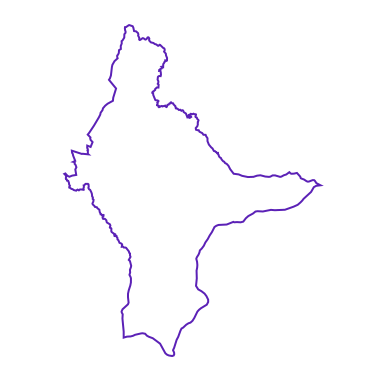 Apía, Risaralda, Colombia, rotated 182°
{"feature_id": "7082276B94822224819710", "entity_name": "Apía", "entity_type": "district", "adm_level": 2, "iso_a3": "COL", "parent_name": "Colombia", "parent_adm1": "Risaralda", "projection": "natural_earth1", "projection_center": [-75.959, 5.139], "detail": "fine", "context": "isolated", "style": "outline", "palette": "violet", "viewbox_px": 384, "rotation_deg": 182, "n_neighbors": 0, "source": "geoboundaries", "source_scale": "gbopen_adm2", "svg_char_len": 6083}
<svg xmlns="http://www.w3.org/2000/svg" viewBox="0 0 384 384"><g transform="rotate(182 192 192)"><path d="M320.2,205.6L318.9,204.4L318.3,203.0L318.6,201.5L318.4,200.5L317.6,200.1L317.3,199.0L316.1,198.8L315.3,196.9L315.0,195.1L314.2,193.9L314.9,192.7L314.8,192.1L313.6,191.7L312.7,190.9L311.5,190.7L310.2,189.8L307.8,189.3L307.1,190.0L306.4,190.4L305.1,189.7L304.1,190.6L302.7,190.7L300.4,190.4L300.3,190.9L300.7,191.5L300.2,193.3L300.5,194.8L299.9,195.0L298.7,196.4L296.3,196.5L295.7,196.0L295.4,193.5L295.7,192.8L295.6,192.2L294.9,191.1L293.9,190.6L292.6,188.2L292.0,186.7L291.6,184.0L290.9,183.2L291.0,181.6L290.1,180.8L290.3,178.9L291.1,177.1L290.9,176.4L289.9,175.3L289.1,174.8L288.6,173.8L286.5,173.4L286.0,172.5L284.0,171.1L283.5,168.7L283.1,168.1L282.6,166.6L282.0,166.7L281.3,165.6L280.1,166.0L279.6,165.9L279.6,164.9L280.5,163.5L280.1,162.2L279.5,162.0L278.4,162.2L277.7,161.8L276.6,160.7L276.3,159.2L276.0,158.6L272.9,156.8L272.4,155.6L272.9,153.8L272.6,153.3L271.7,153.1L271.3,152.6L271.3,150.1L270.9,149.2L268.7,147.7L267.3,147.1L267.3,146.8L268.2,146.4L267.9,145.3L267.4,145.2L266.4,145.8L265.9,145.5L265.5,144.1L264.9,143.5L264.8,142.0L263.9,141.3L262.7,138.7L260.8,138.0L260.0,137.2L260.3,134.8L259.0,135.0L258.1,134.1L256.8,134.2L255.9,133.9L253.0,130.4L252.6,129.0L251.8,128.4L251.8,126.7L251.2,125.0L252.8,121.9L251.6,120.8L250.2,116.1L250.4,114.8L251.3,112.0L251.0,109.4L251.6,107.0L250.3,104.6L250.0,103.4L249.9,99.4L250.4,96.4L251.8,91.5L252.4,88.1L252.3,84.7L251.5,79.2L252.1,77.5L257.3,72.4L258.2,70.2L258.0,69.1L257.0,67.4L257.1,63.1L255.4,50.1L255.2,44.1L251.9,45.2L248.4,45.5L246.0,46.2L243.9,47.3L237.9,48.9L236.4,49.1L233.9,48.7L232.0,46.8L230.0,45.8L226.1,44.5L218.6,39.3L213.0,29.9L211.2,28.5L209.3,27.8L206.1,27.4L204.6,28.0L204.1,29.2L204.3,31.0L205.4,33.1L205.3,33.6L204.4,35.7L202.2,43.7L200.7,46.8L198.7,53.0L197.7,55.2L196.2,56.1L193.1,59.2L190.9,60.7L189.0,61.4L187.0,63.3L185.3,66.2L182.4,72.7L180.8,74.6L178.8,76.3L173.3,79.9L172.0,82.6L172.1,85.0L173.9,88.4L175.9,90.9L179.1,93.2L182.4,94.9L184.7,98.3L184.2,105.8L184.7,113.6L184.2,116.6L184.1,119.2L184.5,122.4L185.4,125.4L184.9,126.9L183.2,129.8L182.4,132.1L182.1,133.9L180.3,135.8L178.3,138.7L176.9,142.0L174.6,145.5L172.8,149.2L170.7,152.6L168.3,157.8L166.5,159.1L164.4,160.0L156.2,160.7L149.6,163.6L148.8,163.2L146.0,163.5L142.3,163.4L139.7,164.2L137.3,167.6L134.9,169.9L130.3,172.6L127.9,174.7L125.8,175.1L120.5,175.0L112.5,176.9L108.6,176.7L98.5,177.5L89.9,180.9L85.9,182.9L83.2,185.4L81.4,187.4L80.3,189.0L73.0,196.2L70.4,201.1L68.1,202.5L63.8,203.2L68.0,205.2L69.7,207.6L70.4,208.1L71.8,208.1L75.6,206.5L76.8,206.4L77.9,206.8L80.5,208.4L83.2,209.3L83.8,209.6L84.4,211.2L87.8,214.7L90.8,213.9L93.3,213.7L94.1,214.0L95.4,215.2L98.4,212.8L100.9,211.9L103.2,210.5L104.5,210.2L109.6,211.5L112.0,211.4L114.2,210.1L115.6,209.8L119.3,210.0L124.2,211.1L127.5,210.6L131.1,209.3L136.6,208.9L142.5,209.9L145.9,211.2L151.0,211.7L154.6,216.1L156.5,219.5L158.3,221.3L160.0,222.1L160.9,223.4L161.9,223.8L163.6,225.6L164.2,226.9L165.6,227.7L166.4,228.9L166.8,230.2L167.3,230.7L167.4,231.9L168.4,231.7L169.1,232.8L169.8,232.9L170.4,233.6L171.6,233.8L173.0,236.2L174.4,237.3L176.8,240.0L178.3,243.4L178.4,246.3L179.8,248.2L180.4,249.6L182.6,249.6L183.8,251.2L186.6,252.5L187.5,254.0L188.4,253.9L190.2,254.4L190.5,256.0L189.0,257.9L188.5,259.9L188.7,260.9L188.5,261.6L188.7,262.1L188.0,263.6L188.2,264.3L189.3,265.2L189.8,266.5L190.9,266.9L191.2,267.4L190.7,269.5L190.9,269.8L192.5,269.9L193.2,270.3L194.4,269.8L196.0,270.1L196.9,269.2L197.9,268.9L198.0,268.4L197.8,268.0L195.7,267.7L195.4,267.0L196.8,266.0L197.3,266.0L198.0,266.9L199.2,266.4L200.8,270.2L203.1,271.6L203.7,273.1L204.6,273.4L205.5,272.8L206.6,273.8L207.9,273.5L209.5,274.8L210.9,274.9L211.2,275.3L211.1,276.0L211.7,276.7L211.7,277.3L213.5,278.9L213.9,279.9L215.0,280.0L216.1,280.9L216.7,280.5L217.1,279.6L217.8,279.5L218.4,278.5L219.5,278.3L220.1,276.4L220.4,276.0L220.8,276.1L221.9,277.4L222.9,276.8L223.9,276.9L224.4,276.5L225.3,276.9L226.2,276.5L227.0,276.6L227.3,275.8L228.0,275.6L228.4,275.9L228.7,277.1L230.0,277.5L230.0,278.0L229.4,279.0L229.8,280.1L229.0,280.9L228.7,281.7L229.5,282.3L231.2,282.4L231.9,282.7L234.1,287.6L234.3,289.1L235.2,289.7L235.0,290.5L234.6,291.0L233.9,291.1L233.4,291.9L232.4,292.7L232.4,293.6L230.8,295.2L229.2,295.2L229.1,298.1L230.0,298.9L229.5,299.9L229.5,301.6L230.3,303.1L230.1,305.7L229.8,306.2L228.8,306.8L227.4,306.7L227.1,308.0L227.4,310.7L227.7,311.4L227.8,312.3L228.1,312.0L229.1,311.9L229.0,312.8L228.4,312.9L227.9,314.0L226.6,314.4L226.0,315.4L226.7,316.1L225.7,316.3L225.6,315.6L225.2,315.6L225.2,318.8L224.4,320.0L224.0,321.1L223.6,321.3L223.3,322.6L222.3,322.1L221.6,322.5L221.6,325.1L222.7,327.5L223.0,329.4L224.8,331.3L224.3,332.4L224.3,333.7L224.8,334.6L225.7,334.9L229.0,337.9L229.6,338.0L230.5,337.0L231.2,337.0L232.8,338.2L234.4,338.6L235.8,339.6L238.3,340.1L240.0,341.8L240.2,342.6L240.0,343.7L240.6,344.8L241.2,345.1L241.8,344.9L242.6,343.5L243.3,342.9L244.0,342.7L245.8,343.9L246.8,344.0L248.9,342.3L249.6,342.1L250.1,342.5L250.1,344.3L251.3,346.4L251.1,347.5L251.5,348.9L253.5,350.6L255.5,350.8L256.4,354.3L257.1,355.6L260.4,356.6L261.0,356.5L263.7,354.5L264.7,354.4L264.8,353.3L264.5,351.3L264.0,350.1L264.0,348.8L265.1,347.3L265.1,343.9L266.7,341.1L267.6,340.3L267.4,338.0L268.3,335.4L268.1,332.4L269.9,331.2L270.0,328.4L270.7,326.7L271.5,325.8L271.5,324.4L271.0,323.0L274.0,320.1L276.0,316.3L276.4,314.1L277.1,305.6L278.0,302.7L278.9,301.2L271.5,292.8L274.0,283.5L274.2,280.4L279.4,277.3L281.8,275.2L283.9,272.5L284.3,270.7L286.1,268.0L286.4,266.1L287.7,263.3L292.3,254.9L296.8,247.6L298.2,245.7L295.4,243.0L295.6,242.1L295.2,240.6L293.1,238.4L294.9,233.5L298.3,234.7L298.3,232.4L297.7,231.4L297.7,230.5L297.5,230.3L297.9,229.9L297.5,229.1L297.4,226.5L296.8,226.0L302.7,226.4L303.4,226.2L313.5,229.1L313.2,227.0L312.4,225.7L312.1,224.3L309.8,219.0L311.7,218.0L310.6,217.8L310.2,217.4L310.3,216.1L309.3,215.0L308.4,212.7L309.4,210.5L308.3,205.0L312.3,204.2L315.0,203.0L316.4,203.5L317.3,204.1L319.2,206.1L320.2,205.6Z" fill="none" stroke="#5b21b6" stroke-width="2"/></g></svg>